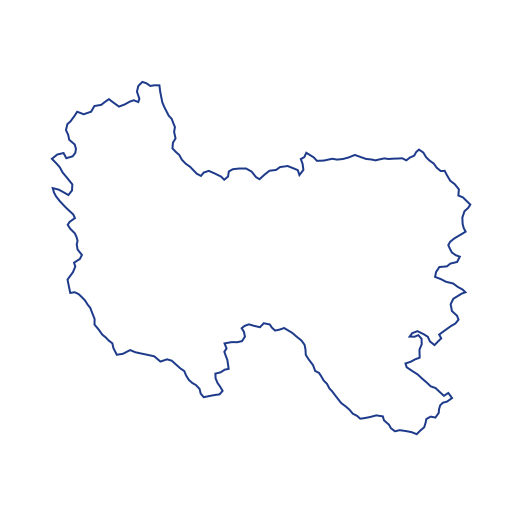 São José do Barreiro, São Paulo, Brazil (Robinson projection), rotated 95°
{"feature_id": "56859067B64806727211215", "entity_name": "São José do Barreiro", "entity_type": "district", "adm_level": 2, "iso_a3": "BRA", "parent_name": "Brazil", "parent_adm1": "São Paulo", "projection": "robinson", "projection_center": [-44.584, -22.754], "detail": "fine", "context": "isolated", "style": "outline", "palette": "blue", "viewbox_px": 512, "rotation_deg": 95, "n_neighbors": 0, "source": "geoboundaries", "source_scale": "gbopen_adm2", "svg_char_len": 4013}
<svg xmlns="http://www.w3.org/2000/svg" viewBox="0 0 512 512"><g transform="rotate(95 256 256)"><path d="M366.5,386.1L365.1,380.2L360.7,373.2L362.4,367.8L363.2,361.5L363.7,357.1L364.8,348.6L369.5,342.0L366.7,335.6L367.6,330.9L374.6,321.5L376.9,317.4L381.0,315.3L385.2,312.2L388.0,308.5L389.8,304.6L393.4,300.6L397.9,299.1L401.2,295.8L399.6,290.4L398.3,285.8L397.0,280.2L393.2,277.5L389.1,280.5L385.9,283.2L381.4,285.6L376.7,286.2L375.0,281.2L372.0,277.3L370.8,273.4L362.0,275.5L358.3,277.3L354.2,279.2L350.7,277.3L345.8,279.7L343.9,272.7L343.5,267.1L342.0,262.5L337.3,260.0L332.6,261.4L329.2,264.0L326.7,261.4L324.7,257.1L325.7,252.2L326.6,245.8L322.3,242.4L323.0,236.3L325.9,234.0L328.6,230.5L327.2,225.9L325.3,221.7L329.4,213.2L332.6,208.8L336.2,203.4L340.2,199.9L344.6,198.6L350.1,197.8L354.3,194.6L359.7,189.7L365.4,187.0L366.9,183.1L369.9,180.7L374.2,177.7L377.2,174.1L381.6,171.3L384.0,168.5L388.9,164.1L395.1,158.3L398.1,153.4L401.0,149.5L404.6,145.9L406.5,141.3L409.0,138.0L408.1,134.0L406.5,128.4L404.3,122.3L404.7,115.7L408.5,114.2L412.5,108.8L415.8,106.6L418.5,102.3L417.0,97.7L417.3,91.7L417.9,85.7L419.5,80.4L415.5,77.0L411.9,73.5L407.2,72.5L403.6,72.1L400.8,68.0L401.3,63.2L396.4,60.3L392.8,60.3L388.7,59.5L385.9,57.1L384.4,53.0L380.4,48.3L375.7,52.5L378.9,56.6L375.7,60.8L371.9,65.6L370.6,70.6L367.3,74.7L363.9,79.5L359.9,84.6L357.1,90.0L353.7,96.2L350.0,97.7L347.9,92.7L345.2,88.7L343.0,84.1L335.1,85.0L329.4,83.2L324.0,83.9L320.7,87.4L322.6,91.1L322.9,95.9L319.3,93.7L316.8,88.7L319.3,82.1L321.5,77.8L325.9,75.3L329.2,70.4L325.6,67.5L321.9,64.3L318.3,66.7L313.0,60.6L308.9,55.8L305.9,51.5L301.8,48.7L298.0,50.5L293.8,56.0L287.1,57.9L281.4,55.7L275.6,47.9L273.9,44.2L271.4,47.3L269.2,52.3L266.2,57.2L265.1,64.5L263.0,69.6L261.2,75.8L256.2,75.2L251.0,72.4L249.7,64.9L246.6,61.7L244.4,55.1L238.9,52.9L237.8,57.1L235.4,61.2L232.3,63.2L228.4,65.4L224.9,63.8L221.3,60.1L213.5,49.3L210.3,51.4L206.3,52.9L199.8,53.8L193.2,52.2L189.6,48.8L186.1,47.0L183.0,50.8L179.6,54.9L178.1,59.7L171.9,59.7L167.1,64.3L164.1,69.1L158.6,73.0L154.7,75.4L155.3,79.3L152.3,83.7L148.4,87.0L145.7,91.6L142.7,95.2L138.4,98.3L135.8,102.9L138.5,105.5L142.3,107.2L144.4,111.1L147.6,114.6L145.9,118.8L146.5,122.9L147.1,127.9L147.8,132.3L147.6,136.8L149.0,141.4L150.3,145.3L149.8,149.5L149.7,154.9L148.4,160.0L146.7,166.3L149.8,172.4L151.8,177.9L152.9,183.6L152.5,188.5L153.7,192.5L155.0,196.6L155.9,203.6L152.7,207.1L148.8,214.9L153.3,216.5L155.5,219.8L160.2,217.6L166.1,216.3L171.6,219.8L166.8,221.9L165.3,226.7L163.6,232.4L165.3,239.8L168.5,243.5L169.9,250.0L174.0,254.4L179.2,259.2L177.4,262.9L172.3,267.7L169.7,273.6L170.4,280.8L171.6,286.7L174.1,290.4L179.3,290.8L182.8,294.3L179.9,297.8L177.4,304.3L175.3,310.4L177.4,315.3L181.0,317.8L179.2,322.2L172.9,329.4L170.3,333.9L166.7,338.1L162.0,341.3L159.5,344.7L156.1,348.6L150.3,348.6L145.9,346.4L139.5,348.4L134.6,348.0L130.4,350.2L126.8,351.9L123.8,355.2L119.8,357.7L115.5,360.4L111.1,362.7L106.4,364.1L100.5,365.8L94.4,367.1L94.8,372.1L95.8,376.1L93.4,380.4L92.5,384.4L96.9,388.1L102.7,388.9L109.5,385.9L112.9,386.7L111.5,391.3L113.2,395.2L116.4,399.9L119.1,405.5L115.9,410.9L112.6,416.2L116.2,420.5L118.9,423.3L120.7,430.1L126.6,432.8L129.8,440.0L127.9,446.7L132.4,449.1L138.0,452.5L141.1,455.4L147.1,456.3L151.6,453.7L156.5,452.2L160.7,446.3L164.9,444.7L169.1,445.0L172.7,447.4L175.1,453.5L170.2,456.7L172.2,462.8L177.0,467.8L181.0,463.1L184.7,459.2L189.6,456.0L194.5,451.1L200.7,445.2L206.7,445.0L211.6,448.2L209.0,453.9L207.1,458.2L206.1,464.4L210.5,462.7L214.0,460.4L218.4,456.3L224.0,450.0L226.5,446.9L230.5,441.7L234.0,439.7L238.2,444.6L241.3,446.3L244.9,443.6L249.1,438.6L252.2,436.7L256.2,435.1L260.1,435.6L265.1,434.3L270.1,429.5L274.3,431.2L278.5,436.7L282.2,435.1L288.0,436.9L295.9,441.7L301.1,440.2L309.0,437.8L307.9,433.4L309.4,429.4L312.1,426.0L315.1,422.5L319.2,419.4L322.1,416.6L327.2,414.1L332.8,411.3L338.4,410.9L343.0,406.3L347.7,402.3L350.3,398.5L353.1,395.3L355.5,391.5L360.2,390.0L366.5,386.1Z" fill="none" stroke="#1e3a8a" stroke-width="2"/></g></svg>